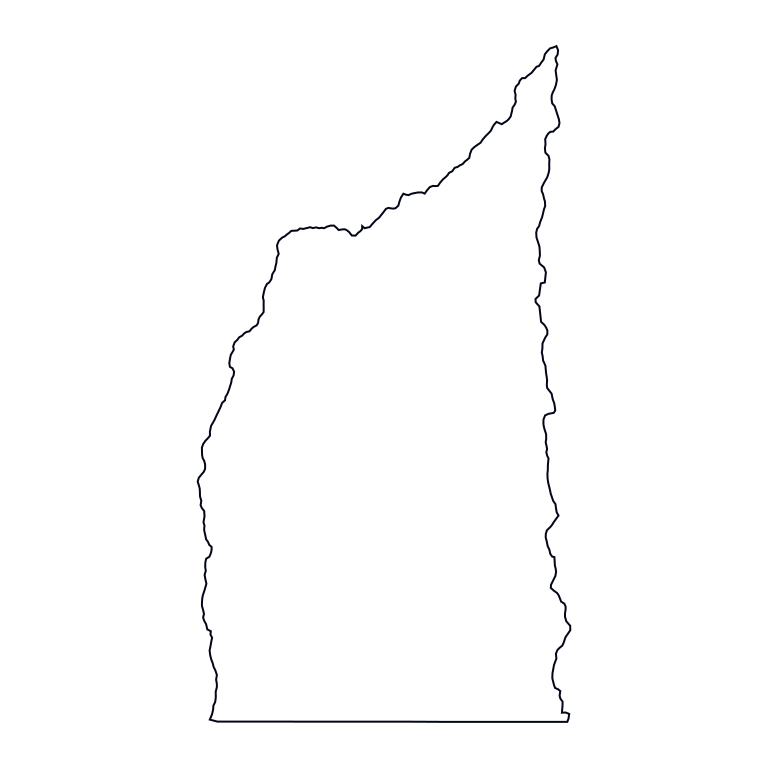 the district of Bom Jesus das Selvas, Maranhão, Brazil
{"feature_id": "56859067B7435472953251", "entity_name": "Bom Jesus das Selvas", "entity_type": "district", "adm_level": 2, "iso_a3": "BRA", "parent_name": "Brazil", "parent_adm1": "Maranhão", "projection": "equal_earth", "projection_center": [-46.671, -4.525], "detail": "fine", "context": "isolated", "style": "outline", "palette": "ink", "viewbox_px": 768, "rotation_deg": 0, "n_neighbors": 0, "source": "geoboundaries", "source_scale": "gbopen_adm2", "svg_char_len": 5207}
<svg xmlns="http://www.w3.org/2000/svg" viewBox="0 0 768 768"><path d="M217.4,721.6L226.3,721.6L229.1,721.6L270.0,721.6L339.9,721.7L379.6,721.7L412.6,721.7L451.6,721.9L521.3,721.9L567.3,721.9L568.5,718.7L569.2,713.9L565.6,712.5L561.9,712.7L562.5,706.1L562.6,701.7L560.4,698.7L559.6,695.7L560.3,691.1L558.0,689.2L555.1,688.0L554.0,685.0L552.3,678.2L552.5,673.1L554.0,665.0L556.4,658.5L555.9,653.8L557.3,650.2L559.5,647.9L562.3,645.6L563.6,642.9L565.5,637.2L570.3,630.2L570.2,625.8L566.3,621.3L565.0,616.7L565.0,613.5L565.6,609.7L565.6,606.5L564.3,603.6L561.2,601.7L558.8,595.6L557.1,593.0L553.6,590.5L550.8,587.9L551.0,584.8L553.1,580.6L555.4,575.9L556.1,571.7L555.6,568.4L554.9,565.5L554.4,557.1L552.2,556.6L550.3,553.9L549.3,549.4L547.7,546.3L546.8,541.7L545.7,537.4L545.8,533.8L546.9,530.3L550.7,526.6L552.3,524.5L553.7,522.2L558.5,515.6L556.7,512.3L556.0,508.4L555.5,504.2L553.2,500.9L550.8,493.9L549.6,488.4L548.2,482.7L547.6,478.5L547.4,473.8L547.8,470.2L547.9,464.8L548.5,458.3L547.2,455.8L546.3,452.2L547.1,449.2L546.6,446.3L545.7,442.3L546.2,438.7L546.1,434.1L544.7,429.9L543.9,426.8L543.4,423.9L543.5,419.5L545.1,415.4L548.6,413.8L553.7,412.9L555.2,410.7L554.9,407.3L554.2,403.2L552.7,399.1L551.6,393.7L547.2,388.0L546.8,384.9L547.1,380.2L546.6,376.4L546.1,373.3L545.4,365.7L544.3,363.1L543.1,360.6L542.6,356.0L541.8,352.6L542.4,348.7L542.5,343.5L545.1,337.8L547.3,334.4L547.4,330.7L546.1,327.5L544.2,324.7L541.1,321.9L539.4,306.4L537.4,304.2L535.7,302.2L535.5,299.0L539.1,295.5L540.8,283.4L544.8,282.5L545.9,272.3L544.1,267.4L539.6,263.6L538.8,260.1L539.9,255.8L539.8,251.3L539.4,246.4L537.7,241.1L536.5,237.5L536.2,232.6L537.1,228.9L539.1,226.1L540.2,222.0L542.1,217.2L544.0,209.2L545.2,206.0L544.9,201.2L544.0,198.5L543.1,194.3L541.7,191.1L541.7,187.5L543.8,183.2L547.3,177.1L548.7,172.6L549.3,169.2L549.2,164.8L549.4,159.1L548.5,155.8L545.4,152.7L544.9,148.6L545.5,144.1L545.2,139.1L546.9,135.5L548.5,133.3L550.4,131.8L553.2,131.6L555.4,129.3L558.5,126.9L559.5,123.1L558.9,119.3L556.4,111.5L554.7,106.2L552.2,103.4L551.6,99.4L551.7,95.5L552.7,92.6L554.3,89.5L555.9,85.1L556.9,79.9L555.6,70.4L557.4,64.4L555.9,60.8L555.5,57.9L557.6,54.6L558.1,50.3L556.4,46.1L553.2,47.5L550.0,48.4L547.4,51.1L544.9,54.2L543.6,59.5L541.3,62.5L539.0,66.0L536.6,66.7L534.3,69.5L531.5,72.9L527.9,75.5L525.1,78.1L522.1,78.1L519.8,80.6L518.7,83.7L515.9,86.6L514.6,90.8L515.6,94.9L515.3,98.4L515.9,101.7L514.7,104.6L512.6,107.6L512.0,111.1L510.7,116.4L508.9,119.0L506.9,120.9L504.2,122.6L501.7,124.2L499.2,123.1L496.5,121.9L493.7,125.1L492.4,127.5L490.8,130.8L488.4,133.4L485.7,136.0L482.6,139.6L480.6,142.7L477.8,144.6L474.3,147.1L471.6,149.7L470.1,153.7L469.3,157.9L467.0,159.9L465.0,161.4L462.7,164.0L459.8,165.4L457.6,166.9L454.7,167.8L452.2,171.3L449.0,172.9L447.4,175.4L445.4,177.3L443.1,179.2L440.4,182.3L437.9,185.9L435.3,186.1L432.9,185.9L429.8,187.1L427.1,190.2L424.7,193.6L421.8,192.4L417.7,192.5L414.5,193.1L411.7,193.7L408.5,195.1L406.0,194.7L403.4,193.7L401.0,197.4L399.6,201.1L398.3,205.7L395.4,208.3L392.9,208.6L390.6,208.3L388.3,207.9L385.9,208.9L383.6,212.0L381.4,214.8L379.0,217.8L375.9,220.1L372.3,224.0L369.7,227.1L367.2,227.6L364.6,228.2L362.2,226.1L362.1,229.2L360.4,231.1L358.1,232.8L355.6,235.6L351.8,235.5L349.2,232.1L346.8,230.2L344.5,229.2L341.7,229.5L338.6,230.0L336.6,227.8L334.0,225.6L330.6,225.6L327.1,226.6L324.2,228.2L321.6,227.8L319.2,228.2L316.1,227.4L312.7,228.1L310.2,227.2L307.4,227.9L303.4,228.9L300.0,228.5L297.3,230.5L294.4,230.7L291.2,230.9L289.0,233.0L287.0,234.4L284.8,236.3L282.3,237.5L278.9,240.6L277.0,245.3L277.5,249.2L278.7,253.9L276.8,257.8L276.4,262.7L275.5,266.4L274.8,270.2L272.3,274.2L271.4,279.1L269.2,282.5L267.0,283.9L265.0,287.8L263.7,292.9L262.9,297.4L263.7,300.8L263.6,305.0L263.7,308.6L263.6,312.1L261.9,314.4L259.8,316.7L258.5,319.5L258.1,322.9L256.7,325.3L253.4,327.1L251.4,328.9L249.5,331.3L246.1,332.1L244.0,333.6L242.1,335.7L239.2,337.3L237.3,339.9L234.7,342.3L233.2,346.3L233.8,349.7L232.4,352.2L230.8,354.8L230.1,358.1L229.3,363.1L229.9,366.8L232.5,368.3L234.1,371.7L233.6,375.4L231.8,378.8L231.2,382.7L230.1,386.1L229.1,389.4L227.5,393.6L225.5,397.0L225.0,400.3L222.1,402.9L220.5,407.2L218.2,412.0L216.4,415.7L214.8,419.3L213.0,422.6L211.1,425.8L209.9,431.5L210.0,435.6L208.1,438.0L205.4,440.8L203.2,444.0L201.9,447.6L202.0,452.0L202.1,455.1L202.7,458.2L204.1,460.6L205.1,464.3L205.1,468.9L203.8,471.8L201.4,474.6L198.8,477.8L197.7,481.6L199.0,485.8L199.7,488.6L199.9,491.6L200.0,496.4L201.3,500.8L200.6,505.2L201.8,508.0L204.2,511.1L204.5,516.5L203.5,522.2L204.5,525.8L204.1,529.4L204.7,532.7L205.4,535.7L206.1,539.3L208.0,541.9L209.2,544.8L211.6,546.9L211.6,549.9L210.9,553.1L209.4,556.7L206.1,558.8L205.3,562.9L205.2,567.1L205.8,570.7L204.6,574.9L205.4,579.3L206.4,583.7L205.6,586.5L204.5,590.3L202.8,595.5L202.2,599.0L202.0,602.1L201.9,605.8L203.0,609.6L204.0,614.0L203.1,617.3L204.1,620.6L206.1,624.2L207.3,629.4L210.8,631.2L210.5,634.6L212.1,637.7L211.1,642.6L210.4,646.6L209.6,650.4L210.2,655.2L211.2,659.3L212.7,663.2L213.7,667.1L215.3,670.2L216.9,675.0L216.1,679.8L216.8,683.4L216.9,687.0L215.7,691.7L215.8,697.3L215.2,702.0L213.4,705.6L213.1,709.7L212.0,714.4L209.8,719.6L217.4,721.6Z" fill="none" stroke="#020617" stroke-width="2"/></svg>